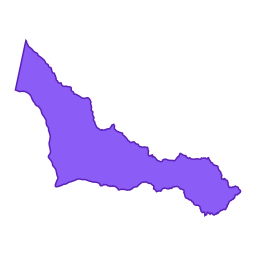 outline of Puerres, Nariño, Colombia, rotated 180°
{"feature_id": "7082276B46740439042483", "entity_name": "Puerres", "entity_type": "district", "adm_level": 2, "iso_a3": "COL", "parent_name": "Colombia", "parent_adm1": "Nariño", "projection": "natural_earth1", "projection_center": [-77.42, 0.8], "detail": "fine", "context": "isolated", "style": "filled", "palette": "violet", "viewbox_px": 256, "rotation_deg": 180, "n_neighbors": 0, "source": "geoboundaries", "source_scale": "gbopen_adm2", "svg_char_len": 5640}
<svg xmlns="http://www.w3.org/2000/svg" viewBox="0 0 256 256"><g transform="rotate(180 128 128)"><path d="M17.3,62.2L16.8,62.8L15.8,63.6L15.4,64.8L15.8,65.8L16.8,66.4L17.3,67.0L17.5,67.8L18.0,68.7L18.9,69.2L20.0,69.5L20.7,69.9L21.1,69.5L21.5,69.4L22.2,68.7L23.3,69.1L24.4,68.5L25.5,68.8L26.3,68.4L26.8,68.6L27.5,70.6L28.1,71.6L27.9,72.5L28.0,73.6L28.6,74.6L28.6,75.3L30.1,76.1L30.7,76.8L31.2,76.7L31.3,77.3L31.6,77.5L32.1,77.3L32.5,76.6L33.2,76.9L34.0,76.9L34.4,77.2L34.5,79.0L34.2,80.2L34.2,80.9L35.0,82.2L35.1,83.6L36.0,84.5L36.3,85.3L37.2,86.0L37.9,88.1L38.1,89.5L38.7,90.0L40.1,90.5L40.6,90.4L41.2,90.9L42.3,90.9L43.1,92.0L43.5,93.0L44.6,93.3L45.2,93.7L45.4,94.6L46.4,95.7L46.7,96.5L47.3,97.5L47.5,98.3L47.9,98.3L48.6,97.3L49.2,97.1L50.6,98.0L51.1,97.9L52.2,98.0L53.2,97.7L54.6,98.0L55.3,96.8L56.0,96.5L57.5,97.1L58.4,97.3L59.3,97.1L60.6,97.1L61.8,96.7L64.9,97.1L65.4,97.4L65.9,98.1L66.3,98.3L67.1,98.0L67.6,97.6L68.3,97.9L68.8,98.6L69.5,98.8L69.8,99.4L70.1,99.5L70.2,100.4L72.3,100.6L74.6,102.1L75.8,102.6L76.1,102.1L76.4,101.9L76.7,100.6L77.2,99.9L77.2,99.4L77.7,99.5L78.3,99.1L80.7,95.9L81.6,95.2L82.2,95.2L82.9,95.6L86.2,95.6L87.1,95.9L87.7,95.8L90.1,96.8L90.9,96.9L92.9,96.3L93.3,95.9L93.2,95.7L93.7,94.7L95.1,94.3L96.0,94.5L96.7,94.9L98.9,95.6L99.1,96.3L99.7,96.8L101.1,98.7L102.5,99.3L102.9,99.1L103.6,99.2L103.7,100.2L103.3,100.8L103.5,101.1L104.2,101.0L105.0,100.2L105.4,100.5L106.8,100.0L107.1,100.3L107.6,101.3L107.7,102.0L107.8,103.4L107.5,104.2L107.6,105.5L107.9,106.0L108.3,108.2L108.5,108.7L109.6,108.6L111.8,109.1L113.3,108.7L115.5,109.4L116.4,109.4L116.7,109.6L117.9,111.7L120.1,112.2L121.7,114.0L123.0,114.2L125.0,113.3L125.3,113.6L125.8,113.7L127.1,115.0L127.9,115.3L128.6,116.6L130.8,119.3L132.9,120.9L133.3,121.4L133.5,122.9L137.1,123.9L137.8,124.5L138.8,124.6L139.7,125.1L140.6,126.3L141.3,126.8L141.7,127.7L141.5,130.3L142.3,131.7L144.2,130.8L144.8,129.4L146.5,127.2L148.8,127.1L150.0,126.3L150.7,126.5L151.7,125.8L152.4,125.8L154.0,126.4L154.4,126.2L154.6,125.8L155.0,125.8L156.0,126.3L157.5,127.6L158.6,128.0L159.6,129.4L160.2,130.8L161.0,132.5L161.3,134.1L162.4,135.5L162.6,136.0L162.7,136.6L162.1,137.7L162.1,138.7L163.0,140.2L163.3,141.4L163.4,142.9L163.1,143.6L163.2,144.2L163.7,144.9L164.4,145.2L164.8,145.7L164.5,148.5L164.7,150.1L165.4,152.1L165.1,154.1L165.7,155.6L166.8,157.3L167.6,158.0L168.5,158.3L169.6,158.2L170.9,157.6L172.9,157.9L173.8,157.8L176.4,159.7L179.2,161.3L180.6,161.9L181.4,161.8L181.9,162.0L182.4,162.8L182.3,163.4L182.7,164.1L184.0,164.8L184.5,165.4L184.8,166.5L184.8,168.3L185.3,168.9L186.2,169.2L187.8,169.2L190.1,169.9L191.1,169.6L192.7,169.7L193.4,170.1L194.0,170.8L194.5,171.6L194.7,172.7L194.9,173.0L195.3,173.2L196.8,172.9L197.5,173.1L198.0,173.8L198.4,174.9L199.5,175.8L200.0,176.6L199.9,177.4L200.0,178.2L201.6,182.5L201.9,182.9L202.9,183.0L203.5,183.4L203.8,183.9L204.8,187.8L205.2,188.4L206.9,188.9L207.3,189.5L207.8,191.1L208.4,191.8L209.9,192.3L211.7,195.8L214.4,198.1L216.7,199.8L217.7,200.3L218.3,201.6L218.5,202.3L219.0,202.8L220.2,203.3L222.7,204.9L223.1,205.8L224.5,207.3L227.3,209.4L229.4,213.5L229.6,214.9L230.1,215.5L240.6,166.0L236.1,164.3L234.4,164.8L231.7,164.5L230.9,164.5L227.4,162.6L225.2,160.3L223.8,156.7L222.6,154.6L221.3,153.1L220.6,151.3L218.6,149.9L217.9,149.9L215.6,147.0L214.9,145.7L214.6,144.2L213.9,142.0L211.6,138.8L209.9,135.8L209.7,131.9L209.2,130.5L208.0,128.9L207.5,128.0L207.4,125.2L207.0,124.6L205.7,120.0L206.2,115.8L206.9,113.3L206.7,110.5L205.7,106.4L205.5,104.2L206.0,102.3L207.3,100.5L207.6,99.7L207.5,98.5L204.4,94.6L203.6,92.7L203.4,91.1L203.1,90.2L201.4,88.2L200.1,86.3L199.1,81.4L198.6,79.8L198.4,79.8L198.2,79.2L198.0,78.4L198.2,77.1L199.1,75.4L200.6,71.5L200.6,69.6L200.0,69.3L199.3,69.2L197.5,69.6L194.3,70.7L192.4,71.7L190.8,71.9L189.5,72.3L186.6,74.0L184.8,74.3L183.3,75.0L182.2,75.2L178.4,76.9L176.1,77.0L173.9,76.4L170.6,76.4L166.3,74.8L164.3,74.4L163.8,74.0L161.0,73.9L157.8,73.3L157.3,73.0L156.9,72.4L156.2,71.9L156.0,70.9L154.9,70.1L154.2,70.4L153.6,70.4L152.1,71.5L151.5,71.2L150.9,71.4L150.3,71.2L149.5,71.3L148.2,70.2L147.3,70.3L146.0,69.6L145.6,69.8L144.1,69.9L143.8,69.7L143.2,70.1L142.7,69.8L141.2,69.7L140.6,69.2L139.6,68.9L139.3,68.4L138.2,67.5L137.7,66.3L136.9,66.0L135.6,66.6L133.0,66.7L132.5,66.5L131.3,66.6L130.3,66.3L129.9,66.1L128.4,65.8L127.3,66.1L126.4,66.0L125.5,66.3L124.8,66.9L124.0,67.1L123.9,67.4L122.4,68.6L121.1,69.1L119.7,69.1L118.9,69.4L117.7,70.4L117.4,71.2L117.0,71.3L114.8,73.1L113.4,73.8L109.5,74.0L108.7,73.4L106.9,72.6L105.5,72.5L104.7,72.1L103.9,71.2L102.3,70.1L102.2,68.5L102.5,67.2L100.4,65.9L99.7,64.5L99.5,64.3L97.5,65.0L96.2,65.0L95.3,64.8L94.9,65.1L94.3,66.3L93.1,67.5L90.4,68.0L88.9,67.2L87.1,67.1L86.7,67.3L86.5,67.9L86.2,68.0L85.0,67.5L84.2,67.7L83.7,68.4L82.4,69.4L81.6,69.1L80.0,69.5L78.8,69.5L77.4,69.1L76.8,68.1L75.5,66.9L74.4,67.0L72.8,66.1L72.2,65.9L71.9,64.5L72.2,63.5L71.7,62.8L71.4,61.2L70.7,59.0L70.2,58.3L69.4,57.7L68.3,57.4L66.9,56.3L64.6,55.6L63.9,54.2L62.7,53.9L62.4,52.3L61.4,51.3L59.8,50.7L57.8,50.8L56.1,49.3L55.8,48.2L55.9,47.5L55.3,46.6L55.0,44.9L54.2,44.3L53.9,43.5L53.5,43.4L52.0,43.9L51.5,43.6L51.2,42.0L51.2,40.5L50.8,40.8L49.5,41.2L48.8,43.1L48.4,43.7L47.8,43.5L46.0,41.7L45.1,42.8L44.2,42.9L43.8,42.2L42.8,41.3L41.8,41.0L40.5,41.9L39.9,41.8L39.3,42.6L38.5,42.5L38.5,43.3L38.2,43.3L37.9,42.9L37.7,43.0L37.0,43.9L36.0,44.7L35.7,45.3L35.4,45.6L34.3,45.6L34.0,46.0L33.3,46.1L32.2,46.8L31.1,46.4L30.5,46.5L30.0,47.2L29.7,48.4L28.7,49.5L28.8,50.9L28.6,51.2L28.0,51.4L26.7,54.5L26.0,55.2L25.0,55.5L23.5,56.7L22.8,56.8L22.4,57.7L21.6,57.9L20.8,60.8L20.3,61.3L18.9,61.1L18.5,61.3L18.0,62.2L17.3,62.2Z" fill="#8b5cf6" stroke="#5b21b6" stroke-width="1.5"/></g></svg>